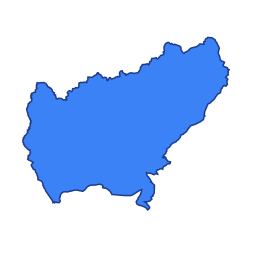 Pedro Moncayo, Pichincha, Ecuador, rotated 175°
{"feature_id": "8360857B86285248238237", "entity_name": "Pedro Moncayo", "entity_type": "district", "adm_level": 2, "iso_a3": "ECU", "parent_name": "Ecuador", "parent_adm1": "Pichincha", "projection": "albers", "projection_center": [-78.291, 0.06], "detail": "fine", "context": "isolated", "style": "filled", "palette": "blue", "viewbox_px": 256, "rotation_deg": 175, "n_neighbors": 0, "source": "geoboundaries", "source_scale": "gbopen_adm2", "svg_char_len": 5860}
<svg xmlns="http://www.w3.org/2000/svg" viewBox="0 0 256 256"><g transform="rotate(175 128 128)"><path d="M209.3,60.2L207.8,60.8L207.7,59.9L206.3,60.5L205.3,59.9L203.0,59.7L201.8,61.1L202.5,63.6L201.6,65.3L201.1,67.4L199.5,69.1L197.9,69.9L195.7,70.0L194.1,69.5L192.1,70.0L191.5,69.9L186.3,70.8L184.1,70.5L178.5,68.9L176.4,70.1L173.6,73.0L171.5,74.0L168.8,74.3L165.4,74.0L162.6,74.4L160.6,74.4L158.9,73.6L158.3,73.0L158.1,71.9L158.5,70.8L158.2,70.6L154.5,69.6L151.4,66.6L149.8,63.2L137.2,61.0L131.3,60.4L128.8,61.2L121.5,65.0L119.8,65.3L120.2,63.5L121.3,60.9L122.7,58.8L123.7,57.9L124.3,56.4L126.2,54.0L126.1,52.4L125.7,51.5L124.0,50.2L121.1,49.3L117.4,47.3L115.5,44.7L114.7,45.2L113.5,46.4L113.4,47.4L114.2,48.5L114.3,49.0L115.5,50.2L115.8,51.4L117.8,53.0L114.5,53.0L112.7,53.3L110.5,54.9L110.6,55.7L111.1,56.5L111.0,57.1L109.2,57.8L109.1,58.2L109.4,58.7L108.6,59.1L107.7,60.7L106.9,65.5L107.3,66.5L106.8,67.0L106.6,67.8L106.7,68.9L109.0,71.4L109.2,72.1L109.8,72.2L109.3,72.6L109.9,73.5L110.3,74.8L111.3,76.0L111.5,77.0L112.1,77.1L112.1,77.7L112.9,78.4L113.3,79.7L113.5,81.6L109.7,80.9L109.2,81.0L106.6,79.3L105.8,79.3L104.3,80.2L102.4,79.3L102.4,79.6L103.5,81.6L103.3,82.7L102.8,83.4L101.9,83.9L101.5,83.7L99.4,84.5L97.8,84.5L97.0,83.9L96.8,85.2L95.5,86.8L93.6,87.3L92.1,88.7L89.3,88.8L88.6,90.5L91.3,91.5L92.5,93.6L93.1,93.9L92.8,94.5L92.9,95.4L93.3,95.8L93.7,95.9L94.7,95.4L94.5,95.9L94.7,96.5L95.8,96.2L94.8,97.7L92.7,99.3L92.2,100.7L91.3,101.8L91.3,103.2L90.9,103.9L88.5,105.3L86.0,108.1L84.2,109.2L81.5,110.0L80.0,111.5L78.6,112.0L78.0,113.1L76.6,114.3L76.2,115.4L76.2,116.2L75.8,116.5L73.8,116.8L73.4,117.5L72.9,117.5L72.4,118.0L70.9,118.7L69.4,120.2L69.0,121.1L67.9,122.0L67.7,122.6L67.1,122.8L65.4,124.8L61.5,125.6L60.6,126.0L59.9,126.0L58.5,126.9L57.6,126.9L56.7,127.6L55.5,127.8L54.3,128.5L54.0,128.9L52.2,129.7L51.4,132.3L50.3,133.3L50.7,133.6L51.1,134.8L50.5,135.6L50.2,137.5L46.2,145.1L44.6,145.5L43.5,146.0L43.0,146.7L39.4,149.3L38.0,151.5L37.4,151.9L35.8,153.9L33.8,154.6L32.8,155.2L32.2,157.3L32.1,158.3L30.8,159.3L30.7,159.9L29.0,162.0L28.6,162.0L27.7,161.4L26.8,161.2L26.5,161.3L26.1,162.1L25.3,162.6L25.4,166.7L24.4,167.4L24.4,168.0L25.0,169.0L26.3,169.5L26.3,170.0L25.4,171.1L23.4,172.2L23.6,173.3L23.3,174.8L23.6,175.4L22.2,177.3L22.6,177.7L23.6,177.8L23.9,179.5L27.3,181.0L27.7,182.5L26.2,184.7L26.3,185.1L26.7,185.6L29.2,186.7L30.2,188.4L30.5,191.3L31.8,195.2L31.6,195.9L31.1,196.1L30.9,197.7L30.4,198.4L30.1,199.7L30.9,202.1L31.8,203.7L32.0,205.3L33.2,206.6L33.4,207.9L33.9,208.7L35.4,209.6L36.3,210.5L40.7,211.3L41.5,210.4L42.8,210.0L43.4,209.0L43.8,207.7L45.0,207.3L45.1,204.8L49.1,205.5L50.4,204.3L52.8,203.0L58.2,202.1L60.4,200.8L60.8,200.2L61.9,199.4L64.8,198.3L65.6,197.6L66.5,198.0L67.3,198.9L67.8,200.3L68.4,201.4L68.2,203.2L68.7,204.5L69.5,205.2L74.4,207.4L75.7,207.0L77.2,208.4L78.3,207.9L79.9,209.7L80.9,209.8L83.3,208.7L84.8,206.3L85.2,204.4L85.0,201.4L85.4,201.0L86.3,200.7L86.4,200.4L85.7,199.5L85.8,198.7L87.3,197.6L88.9,197.5L92.4,194.2L92.9,194.2L93.6,195.4L94.0,195.6L95.9,195.1L98.4,195.2L99.0,192.7L100.5,192.3L101.1,190.2L101.9,189.1L102.3,189.4L102.4,190.0L102.8,190.2L103.8,190.2L104.8,189.7L105.4,190.0L106.5,189.8L107.6,190.0L108.4,189.7L109.4,188.2L110.2,187.5L110.8,184.9L113.3,182.2L117.1,181.9L119.5,182.6L121.6,182.6L125.4,180.8L125.7,181.1L125.7,182.2L126.6,182.3L128.3,183.6L128.7,185.4L129.7,185.5L130.9,184.9L131.8,183.3L131.4,180.6L131.9,179.9L133.8,180.3L134.6,179.7L135.9,179.8L136.6,179.1L140.0,178.2L140.5,178.5L141.2,179.7L142.0,179.7L142.6,179.2L143.7,177.3L144.5,176.9L144.8,177.3L144.9,179.6L146.7,180.6L148.8,180.1L149.2,180.6L149.4,181.6L150.0,182.2L150.6,183.5L152.5,184.3L152.6,185.3L152.9,185.6L153.7,185.6L154.1,185.2L154.6,183.9L156.9,183.1L159.0,181.7L160.5,181.6L162.5,182.2L163.5,182.2L163.8,179.3L165.0,178.1L165.2,176.9L166.8,177.4L169.2,177.4L170.2,177.1L171.0,177.6L172.5,177.2L173.1,176.7L173.1,174.4L173.6,173.2L174.1,172.5L174.8,172.4L176.4,172.8L177.5,172.1L179.6,172.0L179.9,171.6L179.9,170.5L180.9,169.2L181.4,169.3L182.9,170.3L184.5,169.6L185.3,168.6L185.3,167.9L184.5,167.2L185.1,165.1L186.6,164.6L187.2,163.9L186.5,162.3L186.6,161.4L187.0,161.0L187.8,161.9L188.9,161.5L189.8,161.5L191.5,163.1L194.7,163.7L196.0,163.1L197.0,163.5L197.0,164.8L197.4,166.3L197.3,167.3L198.5,167.6L198.9,168.1L198.3,169.5L200.1,170.9L200.2,172.1L200.5,173.1L201.9,174.8L202.5,174.8L202.8,175.4L203.6,175.5L204.0,176.1L204.6,176.4L204.6,177.5L205.2,178.0L205.6,179.1L206.9,180.1L208.0,180.7L209.8,180.5L210.9,180.9L212.0,180.6L214.8,180.9L214.8,179.4L215.5,178.8L215.5,177.4L215.8,176.7L215.2,175.3L216.7,174.2L217.2,172.8L217.0,172.2L217.2,171.7L218.8,171.6L219.5,171.1L220.6,171.1L221.5,170.2L221.5,169.9L220.9,169.2L221.3,168.8L222.0,168.6L222.1,168.2L221.6,167.1L222.2,166.5L221.3,166.0L221.6,165.4L221.4,164.5L221.7,163.4L222.5,162.5L223.7,162.2L224.1,161.2L224.9,161.2L225.2,161.0L225.5,159.4L226.0,158.6L226.1,157.4L226.9,156.7L227.4,155.3L226.9,153.9L227.0,152.7L226.4,151.8L226.6,150.8L226.3,148.9L225.1,146.5L225.2,145.7L224.6,145.5L224.6,144.3L224.1,144.0L224.5,143.0L224.1,141.8L224.8,141.5L225.3,140.6L224.9,139.7L225.8,137.6L226.6,137.3L226.0,136.1L227.2,135.8L227.3,135.4L226.9,135.0L227.5,134.4L228.3,134.5L228.1,133.8L228.5,133.1L228.3,132.3L230.7,129.6L231.9,129.0L232.4,127.4L233.1,127.3L233.1,126.3L233.7,125.4L233.8,122.8L233.2,122.1L233.5,121.2L232.1,118.4L231.3,117.7L229.5,115.4L228.2,114.5L227.6,114.6L227.4,113.7L227.8,112.3L227.4,111.5L228.3,109.9L228.7,109.8L228.9,109.3L229.4,109.4L229.9,109.0L229.9,107.8L230.4,106.7L230.1,106.1L230.6,105.4L229.4,104.5L228.5,104.2L225.5,102.0L227.6,99.6L227.6,99.0L225.7,94.9L224.8,94.8L224.1,94.4L223.8,91.9L222.8,90.3L222.7,89.0L222.1,87.0L222.2,84.4L219.1,82.8L218.2,81.8L217.6,79.8L217.8,78.3L217.2,77.3L216.8,75.5L216.0,74.6L215.5,72.5L209.5,61.9L209.3,60.2Z" fill="#3b82f6" stroke="#1e3a8a" stroke-width="1.5"/></g></svg>